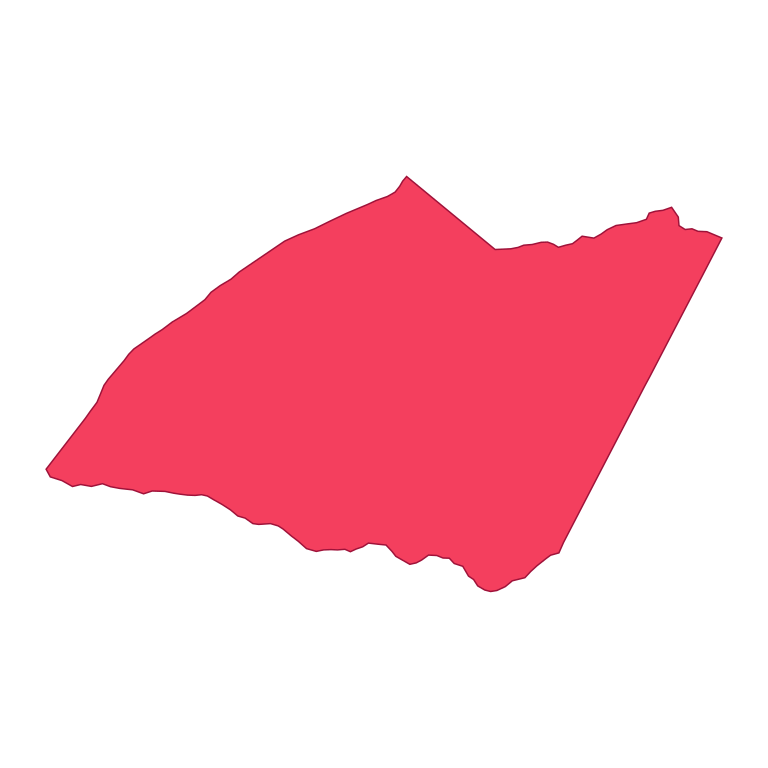 Pureza, Rio Grande do Norte, Brazil (Albers equal-area conic projection)
{"feature_id": "56859067B14620610310527", "entity_name": "Pureza", "entity_type": "district", "adm_level": 2, "iso_a3": "BRA", "parent_name": "Brazil", "parent_adm1": "Rio Grande do Norte", "projection": "albers", "projection_center": [-35.595, -5.407], "detail": "fine", "context": "isolated", "style": "filled", "palette": "rose", "viewbox_px": 768, "rotation_deg": 0, "n_neighbors": 0, "source": "geoboundaries", "source_scale": "gbopen_adm2", "svg_char_len": 1826}
<svg xmlns="http://www.w3.org/2000/svg" viewBox="0 0 768 768"><path d="M80.7,484.5L91.4,486.4L102.5,483.7L110.5,486.7L119.7,488.4L126.8,489.2L132.6,489.8L143.6,493.8L152.2,491.0L165.0,491.4L173.7,493.2L179.5,494.1L187.5,495.1L195.1,495.4L201.6,494.7L207.4,496.0L213.8,499.8L221.5,504.1L230.4,509.8L237.8,516.0L245.1,518.1L252.9,523.6L258.7,524.4L270.5,523.6L278.2,525.9L282.9,528.9L291.5,536.1L298.3,541.3L306.5,548.6L316.3,551.4L323.6,549.9L331.0,549.6L337.5,549.9L344.9,549.3L350.4,551.7L356.2,549.0L362.7,546.8L368.4,543.1L379.8,544.4L386.0,545.0L392.0,551.4L395.8,556.3L401.9,559.8L409.8,564.3L416.2,562.9L421.7,560.0L428.5,555.1L436.8,555.5L443.0,558.0L449.3,558.2L454.2,563.5L462.8,566.3L468.5,576.1L473.6,579.5L477.7,585.9L484.7,590.0L490.6,591.5L496.9,590.5L505.3,586.6L512.3,580.8L524.9,577.7L530.7,571.5L536.8,565.9L546.0,558.6L550.6,555.2L558.9,552.9L563.5,542.5L598.5,475.0L644.9,385.7L649.7,376.8L665.1,347.2L675.2,327.8L702.2,276.0L721.9,238.0L706.9,231.7L698.0,231.3L692.0,228.8L685.1,229.5L679.0,225.6L678.3,217.1L671.6,207.3L663.0,210.3L655.2,211.3L649.2,213.1L646.4,219.3L636.6,222.7L627.4,223.9L616.0,225.5L607.2,229.7L601.1,234.1L593.9,238.1L582.1,236.2L577.0,240.3L572.5,243.7L565.7,245.2L558.4,247.3L553.5,244.3L547.6,242.1L541.2,242.3L532.2,244.5L523.7,245.2L518.1,247.4L510.8,248.8L502.4,249.2L495.1,249.5L406.6,176.5L402.7,181.1L399.7,186.3L395.1,192.1L387.4,196.5L376.1,200.5L367.5,204.5L346.3,213.4L330.1,221.1L314.5,228.8L298.5,234.8L284.7,241.1L239.2,272.0L231.1,279.1L220.2,285.6L211.0,292.3L204.9,299.7L194.1,307.8L186.5,313.5L172.4,321.9L162.2,329.6L155.2,334.0L147.9,339.2L133.8,349.0L128.8,354.2L124.2,360.5L108.3,379.2L104.0,385.3L100.3,394.4L97.0,402.3L90.3,411.3L85.3,418.4L46.1,469.2L50.3,476.9L62.0,480.6L72.5,486.5L80.7,484.5Z" fill="#f43f5e" stroke="#9f1239" stroke-width="1.5"/></svg>